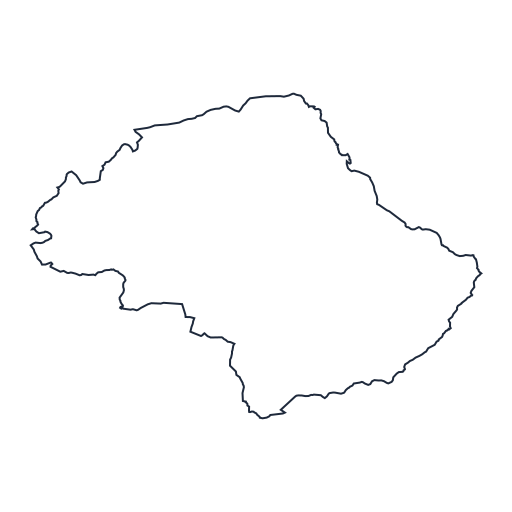 outline of Certeju De Sus, Hunedoara, Romania
{"feature_id": "2599482B85822746413379", "entity_name": "Certeju De Sus", "entity_type": "district", "adm_level": 2, "iso_a3": "ROU", "parent_name": "Romania", "parent_adm1": "Hunedoara", "projection": "robinson", "projection_center": [22.992, 45.969], "detail": "fine", "context": "isolated", "style": "outline", "palette": "slate", "viewbox_px": 512, "rotation_deg": 0, "n_neighbors": 0, "source": "geoboundaries", "source_scale": "gbopen_adm2", "svg_char_len": 6021}
<svg xmlns="http://www.w3.org/2000/svg" viewBox="0 0 512 512"><path d="M481.3,273.4L479.1,271.6L478.5,270.5L478.6,269.9L477.0,268.1L477.4,266.7L476.8,262.5L476.1,259.8L476.0,259.3L475.6,259.2L474.0,257.0L473.6,256.4L473.5,255.3L472.8,255.1L471.0,255.6L465.7,255.0L463.2,255.8L459.7,256.1L456.4,255.0L454.8,254.1L452.9,252.2L449.2,250.7L448.4,249.0L447.2,247.7L443.4,245.9L443.1,245.3L441.9,245.2L441.5,244.3L440.5,238.9L440.0,237.5L438.7,235.3L436.7,232.9L429.7,229.7L425.8,229.2L422.8,229.6L421.7,229.2L420.2,227.7L418.8,227.1L414.6,229.3L412.4,229.4L411.0,229.1L408.4,227.2L407.1,227.2L406.2,226.6L405.5,225.7L405.6,224.0L404.6,222.5L401.8,220.8L389.3,211.3L386.9,210.3L379.0,204.9L377.2,204.2L376.9,202.6L377.3,199.6L376.7,196.0L374.6,190.8L373.8,186.2L372.2,182.5L370.2,179.1L370.1,177.7L367.8,175.7L358.9,171.8L354.3,170.6L351.6,171.2L350.0,170.1L348.0,168.2L346.7,163.8L346.8,161.3L349.0,163.2L349.9,163.6L350.7,163.0L350.4,160.0L349.3,159.6L349.6,158.4L349.4,157.1L347.6,154.0L345.7,155.2L342.5,155.2L341.9,154.8L341.7,155.0L340.0,153.6L339.0,152.4L339.0,151.6L338.1,149.1L338.3,148.9L337.6,147.2L338.0,144.8L336.7,144.8L336.8,144.0L336.0,143.4L335.5,142.1L334.8,141.7L334.4,140.9L334.2,139.4L330.8,136.8L328.0,132.8L327.9,127.7L327.2,126.4L326.6,122.6L324.6,121.0L321.5,120.3L320.4,118.4L321.2,114.2L320.6,112.9L320.7,111.0L320.1,109.8L318.1,108.9L315.4,109.3L313.7,107.8L314.6,106.8L314.0,106.4L310.0,106.3L308.9,106.9L308.3,105.2L306.9,103.5L306.0,103.6L305.7,103.3L304.1,101.0L303.6,98.7L300.8,95.7L296.4,94.8L293.9,93.7L292.5,93.8L288.9,95.5L283.9,96.7L280.2,96.1L265.6,96.3L250.0,98.3L247.5,100.7L245.6,103.3L243.2,105.5L240.6,109.6L238.8,111.6L235.1,110.5L228.4,106.8L226.3,106.4L223.6,106.7L219.3,108.6L215.5,108.8L210.6,109.9L206.5,111.7L203.7,114.2L202.1,115.2L196.9,116.2L195.1,118.0L191.7,118.8L187.9,119.1L183.6,120.5L179.2,122.6L167.5,124.5L154.8,125.4L150.1,127.2L147.2,127.9L134.5,129.8L135.6,131.9L139.0,134.3L142.0,137.4L138.8,140.9L137.0,142.4L137.9,144.8L137.6,147.8L137.3,148.9L135.1,150.6L132.9,151.4L132.4,149.8L130.5,146.9L128.9,145.4L127.6,144.7L125.0,144.1L123.9,144.3L122.1,145.5L120.5,147.9L119.6,149.9L117.3,151.6L116.1,153.1L115.6,154.9L113.3,157.5L112.0,158.3L110.9,159.8L108.8,161.7L105.6,162.3L104.5,164.7L102.4,166.1L103.4,168.1L102.8,169.9L100.8,171.2L99.8,178.3L99.8,179.8L97.9,180.9L94.6,182.0L87.1,182.4L83.0,183.7L80.6,182.3L79.7,180.4L76.2,175.2L71.6,171.5L68.7,172.5L66.9,174.1L66.6,174.8L66.6,175.9L65.9,177.6L65.9,179.1L65.0,181.4L60.1,186.4L59.2,187.0L57.4,187.5L58.9,189.4L58.3,190.8L58.6,193.1L56.8,195.8L53.3,197.4L51.3,199.5L50.5,199.7L47.8,201.9L46.3,202.6L44.9,202.8L43.2,205.8L42.0,206.4L41.4,207.3L39.9,208.1L39.1,209.9L37.7,211.1L36.2,214.5L36.1,216.0L35.7,217.3L36.4,219.5L36.4,221.1L37.5,222.2L37.4,223.0L38.1,224.6L36.5,226.2L35.4,226.9L34.5,228.1L33.0,228.3L32.2,229.3L33.9,229.1L34.7,229.5L36.3,231.5L38.9,233.2L44.5,232.2L45.1,231.6L47.5,232.1L50.1,233.7L51.0,234.8L51.4,235.8L51.1,238.3L50.2,238.5L48.0,240.0L45.3,240.9L44.1,242.0L42.6,242.7L40.5,243.1L35.6,242.6L33.5,243.4L30.7,245.3L33.8,249.5L34.4,251.7L36.9,256.3L37.6,258.5L40.6,261.5L42.0,264.6L45.6,264.5L50.5,262.6L51.2,262.6L52.3,264.0L50.7,265.5L50.5,266.8L60.3,271.7L63.7,270.9L67.2,272.9L68.7,273.0L70.8,272.5L72.0,272.7L75.5,273.6L79.7,275.3L81.4,274.9L82.3,274.0L88.6,275.0L93.4,274.6L95.3,275.2L96.5,273.7L98.2,272.3L101.8,272.0L104.4,270.5L106.3,270.1L109.4,270.0L111.2,269.4L111.9,269.8L113.4,269.4L115.4,270.9L118.0,271.5L118.8,272.8L122.7,275.3L123.8,276.4L124.7,277.5L124.8,278.6L125.5,280.0L125.4,280.6L123.6,282.8L123.2,284.1L123.2,287.0L123.8,288.9L123.9,290.3L123.3,292.5L119.6,297.6L119.7,299.5L120.5,301.0L120.4,301.7L121.6,303.9L122.7,305.2L122.5,305.7L122.9,306.0L122.7,306.5L120.6,306.9L120.1,307.8L121.4,308.7L122.5,308.2L123.4,308.7L130.5,309.7L132.9,309.2L136.7,310.3L138.1,309.8L140.7,308.0L147.8,304.3L151.4,303.2L160.7,303.6L163.6,302.8L182.1,304.1L185.3,314.4L185.6,317.0L190.1,317.1L194.3,318.2L193.1,321.5L192.8,323.5L191.5,327.0L190.4,331.7L201.0,336.0L202.4,335.2L203.8,333.7L204.5,333.3L207.6,336.2L210.7,337.5L221.7,337.3L222.6,337.7L223.9,339.0L225.7,339.9L227.7,341.7L230.5,342.1L234.4,343.8L233.5,345.1L233.2,346.1L232.4,350.6L232.0,351.3L232.0,353.5L231.1,357.6L230.1,359.6L230.0,365.7L235.9,371.5L236.4,374.9L239.7,377.2L240.2,378.5L242.7,383.0L242.9,384.5L243.6,385.5L243.9,387.2L242.5,393.1L242.9,401.0L245.8,401.6L245.6,402.2L247.0,403.3L247.4,403.9L247.4,405.5L249.1,406.6L249.0,410.8L249.2,412.0L250.1,412.1L251.9,411.5L253.6,411.7L254.3,412.4L256.3,413.4L257.1,414.7L259.6,416.8L259.8,417.7L262.6,418.3L266.7,417.6L269.3,416.3L270.3,415.0L282.9,413.5L284.9,412.6L280.8,409.8L295.1,396.6L296.4,395.7L298.3,395.4L301.9,395.5L305.3,396.1L308.5,396.0L311.1,394.9L312.6,395.0L313.9,394.6L317.4,394.9L320.8,395.2L322.8,396.9L324.8,398.1L326.9,396.4L328.8,393.6L329.6,393.1L333.2,392.5L335.0,392.6L341.0,393.7L343.9,392.8L344.4,392.3L345.8,390.1L347.9,388.2L348.9,387.8L349.8,386.8L352.4,385.6L353.8,383.5L359.7,382.6L361.8,381.9L362.9,382.2L364.8,383.5L368.2,384.9L370.3,384.1L372.0,381.3L374.4,380.1L378.7,380.5L381.3,380.4L384.0,381.2L386.8,382.9L388.3,383.4L391.6,381.9L392.8,380.3L393.3,377.3L396.7,373.6L398.8,372.1L402.7,371.8L403.4,371.2L403.5,370.4L404.9,369.4L404.9,368.9L404.2,367.0L405.1,364.4L407.9,362.7L409.9,361.0L412.7,359.8L415.6,357.6L419.4,355.9L422.2,354.3L424.7,352.3L426.1,351.6L428.2,348.2L434.7,344.8L436.6,341.6L438.3,340.8L438.6,340.5L438.7,339.5L442.1,336.9L442.7,335.4L443.0,333.9L444.1,333.3L445.9,330.9L447.0,330.6L447.6,329.8L448.6,329.7L448.7,329.1L449.1,329.4L450.7,328.2L450.0,326.5L450.1,322.7L449.1,321.4L448.6,319.7L452.2,316.8L453.4,314.0L456.5,310.4L457.1,309.4L457.0,307.6L457.8,305.9L461.0,303.9L461.6,303.4L461.6,303.0L465.9,299.8L467.6,297.7L469.5,297.0L471.1,295.6L472.0,295.5L472.1,295.3L471.6,295.1L471.8,294.5L470.7,292.9L471.4,290.9L474.3,287.2L473.8,282.5L474.1,281.4L474.9,280.3L475.5,280.0L476.2,278.2L478.0,276.2L479.7,275.1L479.9,274.4L481.3,273.4Z" fill="none" stroke="#1e293b" stroke-width="2"/></svg>